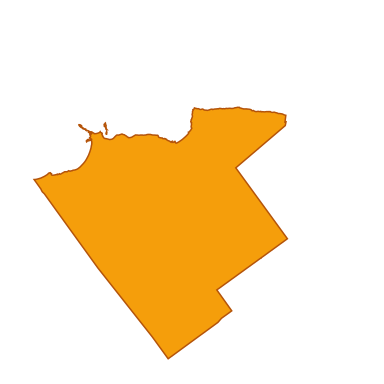 outline of Copper Coast, South Australia, Australia, rotated 54°
{"feature_id": "25037944B48925496758456", "entity_name": "Copper Coast", "entity_type": "district", "adm_level": 2, "iso_a3": "AUS", "parent_name": "Australia", "parent_adm1": "South Australia", "projection": "equal_earth", "projection_center": [137.591, -33.943], "detail": "fine", "context": "isolated", "style": "filled", "palette": "amber", "viewbox_px": 384, "rotation_deg": 54, "n_neighbors": 0, "source": "geoboundaries", "source_scale": "gbopen_adm2", "svg_char_len": 5724}
<svg xmlns="http://www.w3.org/2000/svg" viewBox="0 0 384 384"><g transform="rotate(54 192 192)"><path d="M185.1,71.0L184.1,71.9L182.4,72.8L181.8,73.2L180.1,74.9L179.1,76.2L178.2,76.6L177.3,77.4L175.7,78.6L175.0,80.0L174.7,80.4L173.9,81.1L173.0,81.4L172.9,81.8L172.3,82.2L172.2,82.4L172.2,82.7L171.8,83.0L171.7,83.4L171.1,83.9L169.7,86.4L168.5,87.7L168.2,88.4L167.9,88.7L167.2,88.9L167.1,89.6L166.8,89.8L166.3,90.6L165.5,91.1L165.3,91.8L164.6,93.0L163.4,94.0L162.3,94.3L162.1,94.5L161.8,95.4L161.5,95.7L160.2,95.8L159.1,96.6L158.0,97.8L157.6,98.2L157.5,98.5L156.9,98.9L156.6,99.5L156.1,100.0L155.2,101.4L154.7,101.7L153.6,102.7L153.0,103.0L152.4,103.6L152.0,103.9L151.5,103.9L151.1,104.1L150.8,104.8L150.2,105.4L149.9,106.3L149.0,108.0L148.7,109.2L148.4,109.9L148.0,110.3L147.7,110.9L147.3,111.3L147.2,111.5L146.6,112.0L145.8,113.3L145.6,113.9L144.7,114.8L144.3,115.5L143.9,116.7L143.1,117.4L142.8,118.1L142.5,118.5L140.7,120.3L140.3,121.2L140.2,121.8L139.4,122.8L139.1,123.6L138.7,124.1L138.0,125.3L137.5,126.7L137.3,126.9L136.8,127.0L136.6,127.3L136.1,128.3L135.7,129.9L134.9,131.8L134.0,132.5L133.6,133.2L132.8,133.9L132.4,134.1L131.7,134.3L131.0,134.8L130.5,136.2L130.1,136.8L129.8,137.1L128.8,137.5L128.4,137.8L127.5,139.1L127.0,139.3L126.4,140.0L125.7,140.3L125.5,140.5L125.9,140.7L125.9,140.9L126.0,142.2L126.0,142.4L125.9,142.7L125.9,142.9L126.3,143.1L126.6,143.1L127.0,144.1L127.6,144.6L128.6,145.3L128.8,145.5L128.9,145.9L129.1,146.2L129.9,146.6L130.9,147.0L131.8,148.0L132.2,148.8L133.0,149.7L133.1,150.3L133.8,150.8L134.2,151.5L134.5,151.7L134.9,151.8L135.2,151.8L135.5,151.6L135.8,151.6L136.2,152.2L136.6,152.5L137.3,152.8L138.0,153.7L138.3,153.9L138.7,154.4L139.6,154.7L140.2,154.6L140.3,154.7L141.2,156.7L141.5,158.0L141.7,159.0L141.5,159.8L142.1,159.9L142.4,160.1L142.6,160.4L143.0,162.1L143.4,164.6L143.8,168.9L143.8,170.9L143.7,173.3L143.5,174.8L143.4,175.6L143.2,176.1L142.9,176.3L141.0,176.0L140.9,176.3L141.6,176.4L141.1,177.0L141.1,177.6L140.5,177.9L140.3,178.4L140.2,179.0L139.6,179.1L139.5,178.8L139.3,178.5L139.2,178.9L139.3,179.6L139.1,179.9L137.7,180.2L136.3,181.2L134.2,182.0L134.1,181.8L133.0,182.4L132.9,182.5L133.1,182.6L131.7,184.2L131.5,184.3L131.0,184.2L130.7,184.4L130.0,185.3L128.6,186.5L128.1,186.7L127.7,186.7L127.2,186.5L126.3,186.3L126.0,186.4L125.5,186.9L124.8,188.0L124.2,188.4L123.7,189.2L122.6,190.5L121.8,191.2L121.2,191.6L120.8,192.2L120.0,193.0L119.7,193.7L119.1,194.5L118.8,195.7L117.3,198.2L116.5,198.9L116.2,199.5L115.8,199.9L114.9,201.6L114.0,202.5L112.7,204.1L112.6,204.6L112.2,208.7L111.5,210.3L111.0,211.1L110.6,211.5L110.1,211.5L109.5,211.9L108.1,212.2L106.9,212.8L106.1,213.0L104.8,214.1L104.3,214.3L103.9,214.6L102.9,217.7L102.8,218.0L102.3,218.5L101.7,219.5L101.7,220.1L101.9,220.9L101.9,221.5L102.3,223.4L102.4,224.3L102.3,225.4L102.2,225.8L101.6,227.0L101.0,228.0L100.4,228.4L98.0,230.4L97.9,230.7L97.2,231.3L96.6,231.5L95.3,231.4L94.9,231.6L94.5,231.6L94.0,231.2L92.3,231.0L92.1,230.8L92.3,230.7L91.8,230.2L91.0,230.3L90.1,230.9L89.2,230.8L89.5,231.7L89.5,232.1L88.9,234.1L88.2,235.6L87.6,236.5L87.3,236.8L87.1,236.7L86.7,236.9L86.3,237.0L85.9,237.3L85.2,237.6L84.5,237.7L83.7,238.6L83.4,239.1L82.7,239.5L82.9,239.6L82.4,240.2L82.6,240.4L83.0,240.6L83.9,240.1L84.7,240.3L85.1,239.9L85.2,239.5L84.2,239.9L83.7,239.7L83.4,239.9L83.3,240.0L83.3,239.9L84.0,239.3L84.2,238.7L84.5,238.4L85.2,238.5L85.5,238.2L85.8,238.0L85.5,238.5L85.6,238.8L85.9,239.2L85.8,239.4L85.5,239.4L85.7,239.8L85.3,240.0L86.0,240.4L86.2,240.6L86.3,240.7L86.2,240.8L85.4,240.9L85.1,241.0L85.9,241.1L86.7,241.0L87.6,241.5L87.9,242.0L87.8,242.9L87.9,243.0L88.1,243.0L88.3,242.7L88.8,243.1L89.0,243.2L89.3,243.0L89.2,242.9L89.3,242.7L89.8,242.5L90.1,242.2L90.4,242.2L90.5,242.4L90.6,242.7L90.4,243.3L90.5,243.8L90.7,243.3L91.0,243.1L91.6,243.2L92.7,243.7L94.5,245.1L95.5,246.3L97.1,247.9L99.3,250.8L100.8,253.1L101.4,254.0L103.3,257.8L103.9,259.2L104.5,260.8L105.1,263.1L106.0,268.0L106.1,270.8L105.9,272.0L105.4,273.7L104.4,275.6L104.3,276.6L103.8,277.4L103.5,278.5L102.3,279.2L102.2,281.3L101.6,281.9L100.8,283.1L100.2,288.1L100.0,288.4L99.3,288.5L99.2,289.7L99.0,290.5L98.7,290.8L98.4,290.6L98.0,292.0L97.5,293.1L96.7,294.7L96.5,294.9L96.1,295.4L95.4,295.5L95.1,295.5L94.7,294.9L94.3,295.0L93.7,295.5L93.3,295.3L93.1,295.3L92.6,296.4L92.5,297.2L92.8,298.3L92.8,299.5L92.6,302.1L91.9,306.0L90.8,309.1L90.1,310.8L89.1,312.4L100.9,312.5L102.1,312.8L103.9,313.0L106.6,312.5L126.4,312.6L198.3,312.8L285.9,309.3L312.9,309.3L312.7,247.6L311.5,242.4L311.5,229.7L285.8,229.5L285.9,175.1L286.1,175.0L285.9,174.3L285.9,142.3L198.2,142.4L193.1,77.5L190.5,74.7L190.1,75.7L185.1,71.0ZM71.1,243.9L71.7,243.9L72.1,244.0L72.7,243.7L72.9,243.8L72.9,244.0L72.7,244.2L73.1,244.2L73.6,243.8L73.9,243.8L74.3,243.9L75.5,243.2L76.4,243.2L76.5,242.8L76.8,242.8L77.6,242.5L78.9,241.4L79.3,241.5L79.3,241.4L78.9,241.0L78.6,241.0L78.1,241.4L77.6,242.0L74.7,243.0L74.3,242.9L73.7,242.4L73.4,242.4L73.2,242.7L72.8,242.6L72.5,242.8L72.0,242.9L71.1,243.8L71.1,243.9ZM85.9,223.6L86.4,223.7L87.1,224.3L87.5,224.3L87.9,224.0L88.3,223.9L89.6,224.2L90.7,224.7L91.1,224.7L91.5,224.5L91.7,224.2L91.2,224.3L90.7,224.1L90.3,224.2L87.9,222.7L87.6,222.3L86.8,222.3L86.6,222.1L85.8,221.8L85.3,221.5L85.2,221.5L85.4,222.1L85.6,222.0L85.9,222.3L85.9,222.6L85.7,222.9L85.6,223.2L85.9,223.6ZM89.2,245.5L89.2,244.7L88.9,244.6L88.4,245.0L88.3,245.3L88.3,246.3L88.4,246.7L88.7,246.9L88.6,247.2L88.6,247.5L89.5,247.8L89.5,247.6L89.4,247.5L88.9,247.0L89.0,246.7L89.5,246.3L89.4,245.8L89.2,245.5ZM92.9,225.6L93.9,227.0L94.3,227.3L94.9,227.4L95.0,227.2L95.0,226.9L94.1,226.4L93.8,225.9L93.4,225.6L92.9,225.6ZM79.9,241.5L80.6,241.1L80.8,241.0L80.9,240.4L79.9,241.2L79.8,241.4L79.9,241.5Z" fill="#f59e0b" stroke="#b45309" stroke-width="1.5"/></g></svg>